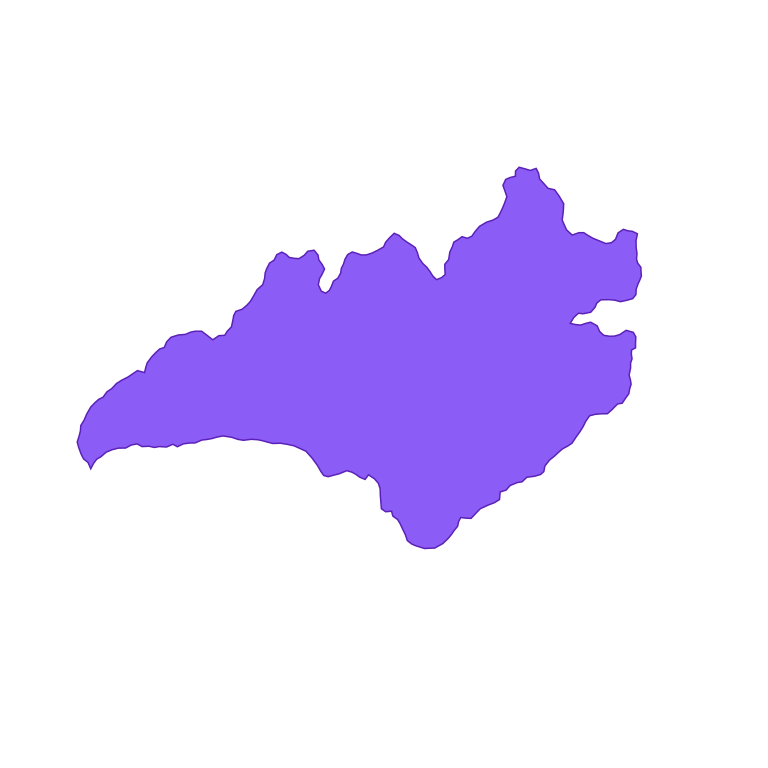 Caeté, Minas Gerais, Brazil, rotated 58°
{"feature_id": "56859067B10298229878474", "entity_name": "Caeté", "entity_type": "district", "adm_level": 2, "iso_a3": "BRA", "parent_name": "Brazil", "parent_adm1": "Minas Gerais", "projection": "albers", "projection_center": [-43.645, -19.886], "detail": "fine", "context": "isolated", "style": "filled", "palette": "violet", "viewbox_px": 768, "rotation_deg": 58, "n_neighbors": 0, "source": "geoboundaries", "source_scale": "gbopen_adm2", "svg_char_len": 4064}
<svg xmlns="http://www.w3.org/2000/svg" viewBox="0 0 768 768"><g transform="rotate(58 384 384)"><path d="M526.5,192.1L524.2,187.0L522.0,181.6L518.1,178.0L515.2,174.6L511.3,172.9L506.3,171.4L501.1,166.4L496.8,163.7L494.1,160.3L489.7,158.4L486.3,156.0L486.7,151.6L482.3,148.8L477.5,145.5L472.3,145.2L466.8,150.2L467.0,158.0L465.5,163.2L463.1,167.3L459.1,171.9L453.6,173.3L447.6,172.4L441.1,176.0L439.5,180.8L438.2,186.1L434.9,190.3L431.3,193.9L428.2,187.9L427.0,181.6L429.9,178.0L432.7,170.7L430.8,164.4L428.2,160.8L427.5,155.5L431.7,148.5L435.0,144.1L439.5,139.8L441.6,134.0L443.4,127.8L441.7,123.0L437.2,119.9L433.8,115.6L431.4,112.0L428.8,108.5L424.9,106.5L421.1,104.3L415.9,104.8L411.8,103.6L407.6,100.4L401.8,97.8L396.0,94.3L390.9,89.5L386.1,92.5L383.5,95.8L379.7,99.0L379.9,105.5L384.0,111.0L384.7,116.2L382.5,121.4L376.1,126.0L371.1,129.6L366.1,132.3L361.5,134.4L359.0,138.4L357.4,145.5L349.9,147.5L344.0,146.7L339.4,146.0L335.4,142.7L331.0,139.3L326.3,136.1L317.6,135.9L309.7,136.4L305.0,141.2L299.0,142.2L292.7,143.4L287.0,141.2L281.8,140.7L280.4,146.8L276.7,150.0L271.8,154.5L273.1,159.6L277.4,162.5L275.7,167.7L275.0,172.4L278.6,177.9L284.1,179.1L290.2,180.5L294.5,185.9L297.9,190.7L300.7,195.1L303.0,199.0L302.7,205.0L301.1,211.2L300.9,219.5L303.0,226.0L305.2,231.2L304.6,236.1L300.4,239.8L300.8,244.9L300.7,249.6L303.8,253.3L307.0,258.3L312.7,263.2L314.7,269.0L318.4,271.3L323.6,274.1L324.3,278.9L323.3,284.2L318.1,285.4L313.2,285.4L307.8,285.8L302.2,287.3L295.6,287.6L290.4,286.1L284.9,285.2L280.9,286.9L276.1,289.2L270.5,291.5L266.1,292.4L261.6,295.5L263.0,302.1L264.6,307.4L267.5,311.7L267.2,319.2L266.6,324.8L265.2,330.5L262.5,334.9L258.7,337.9L255.2,341.0L255.0,346.2L257.5,350.9L260.9,354.9L263.4,359.0L266.9,361.9L269.8,367.0L270.0,372.4L273.4,376.9L275.7,380.8L276.1,385.4L271.9,388.0L265.0,387.1L260.4,382.7L258.4,378.8L255.0,373.5L249.8,373.1L244.3,373.5L239.6,371.6L233.5,372.4L231.0,378.3L232.6,383.5L232.6,389.7L229.8,393.6L226.4,397.3L222.1,398.4L218.0,400.8L217.5,406.4L220.7,411.5L220.8,417.0L224.2,422.6L226.8,425.9L231.2,429.3L235.5,434.2L236.7,441.5L240.3,448.1L243.2,453.7L244.6,458.8L245.4,464.8L243.9,471.1L246.2,475.1L250.3,478.8L254.7,483.1L256.2,489.0L258.3,493.3L255.5,498.4L255.8,505.8L248.5,508.4L242.6,510.7L239.2,516.1L237.6,520.3L236.7,526.1L233.4,532.5L231.5,539.9L233.1,546.0L236.6,551.0L235.4,555.7L236.5,561.4L237.9,566.7L240.5,573.5L243.6,577.1L247.4,581.0L242.0,586.0L242.2,592.3L242.4,597.5L241.8,604.0L241.8,610.5L243.6,617.2L243.8,623.1L246.3,629.3L245.8,634.1L246.6,638.7L248.1,644.8L251.8,651.8L255.8,657.6L258.5,663.1L263.0,666.4L266.8,670.4L270.6,674.9L276.2,676.6L283.0,678.0L288.3,678.5L293.7,676.6L300.5,677.6L297.3,672.1L295.5,667.4L295.7,662.6L294.6,655.9L295.6,649.6L297.6,643.3L301.4,637.0L301.8,630.7L304.0,625.1L308.9,622.3L312.3,616.2L316.1,612.4L318.0,607.7L322.2,601.8L323.2,595.0L327.7,592.5L328.4,586.0L330.9,580.4L333.9,575.4L335.0,568.2L337.1,563.8L339.1,558.8L340.4,554.2L342.7,548.1L348.4,541.5L353.6,537.2L357.2,533.1L360.6,525.8L364.5,520.4L367.9,516.9L371.6,513.6L375.6,509.7L379.3,503.3L384.0,497.9L388.7,493.1L394.2,489.4L399.7,485.8L408.5,484.3L417.7,483.6L424.5,483.9L429.7,483.6L433.0,480.5L434.6,475.2L436.4,469.6L437.8,461.5L441.7,458.0L445.7,455.7L450.1,454.0L454.9,450.6L452.8,445.3L459.4,442.3L465.3,441.4L471.0,442.9L476.8,446.3L483.6,449.8L488.4,452.3L493.2,450.3L495.9,445.0L500.7,446.5L506.1,444.3L510.6,444.3L515.4,444.9L523.4,445.8L529.1,447.2L534.2,445.4L537.9,442.9L541.6,439.7L545.0,436.8L547.3,432.6L550.0,427.9L550.5,418.7L549.0,411.5L547.3,406.4L545.4,402.1L543.7,397.0L540.2,393.6L537.9,389.7L541.1,385.7L544.1,381.4L542.5,375.3L540.8,368.5L541.8,360.3L543.2,353.1L543.2,347.3L537.1,342.7L538.7,336.7L536.9,331.0L538.2,323.3L540.1,318.7L538.8,312.3L542.1,305.0L543.7,299.2L543.0,294.9L538.8,291.0L536.2,283.8L535.5,277.7L534.5,272.6L533.6,267.1L534.0,261.0L533.8,255.8L531.0,249.7L528.1,242.7L525.6,237.6L522.6,232.8L519.9,226.5L521.7,220.8L524.5,215.4L527.6,210.3L526.5,204.0L524.7,196.6L526.5,192.1Z" fill="#8b5cf6" stroke="#5b21b6" stroke-width="1.5"/></g></svg>